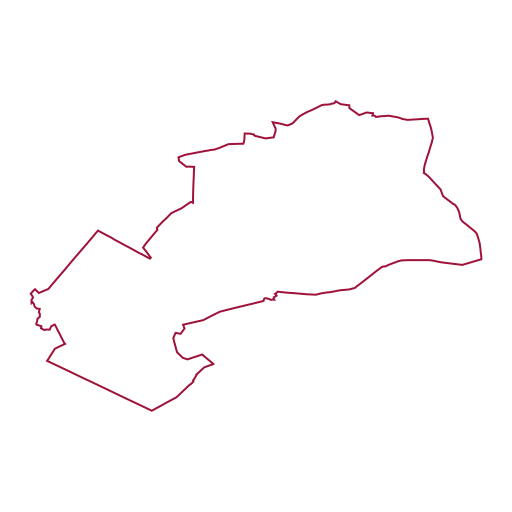 the district of Briežuciema pag., Baltinavas, Latvia
{"feature_id": "27541924B17753887700390", "entity_name": "Briežuciema pag.", "entity_type": "district", "adm_level": 2, "iso_a3": "LVA", "parent_name": "Latvia", "parent_adm1": "Baltinavas", "projection": "natural_earth1", "projection_center": [27.554, 56.968], "detail": "fine", "context": "isolated", "style": "outline", "palette": "rose", "viewbox_px": 512, "rotation_deg": 0, "n_neighbors": 0, "source": "geoboundaries", "source_scale": "gbopen_adm2", "svg_char_len": 5675}
<svg xmlns="http://www.w3.org/2000/svg" viewBox="0 0 512 512"><path d="M424.8,164.6L425.7,161.7L428.1,154.0L428.2,153.9L428.7,152.7L430.3,147.0L431.9,142.0L432.9,137.6L431.9,132.5L431.7,131.5L431.1,128.4L429.2,122.7L428.0,118.7L422.7,118.9L418.7,119.2L415.5,119.4L407.6,119.9L402.1,118.9L401.9,118.8L401.5,118.5L401.1,118.4L397.7,117.3L388.6,115.7L382.8,116.2L381.2,116.2L380.3,116.3L377.6,116.8L375.9,116.9L375.7,116.5L375.3,116.2L374.9,115.9L374.0,115.6L373.6,115.6L372.7,115.6L372.4,115.6L373.0,113.2L372.6,113.2L367.5,112.6L367.2,112.5L366.6,112.5L366.1,112.7L365.4,112.9L365.2,113.0L362.2,114.1L359.1,115.1L356.8,113.4L349.5,108.2L349.3,105.3L340.8,104.2L335.7,101.3L335.2,101.9L335.1,102.0L334.9,102.6L334.7,102.8L334.5,103.0L334.2,103.1L333.8,103.3L333.2,103.5L332.9,103.6L332.6,103.6L332.3,103.6L332.0,103.6L331.3,103.7L331.1,103.8L330.6,104.2L326.7,104.7L324.7,104.6L321.5,105.2L312.6,109.7L310.7,110.5L307.6,111.8L302.8,114.3L299.3,116.5L297.1,118.7L295.6,120.2L294.2,121.7L294.2,121.8L292.2,123.6L287.7,125.4L286.7,125.3L279.6,123.5L273.7,122.4L272.7,122.2L274.1,125.4L275.5,128.2L275.7,129.6L275.4,131.7L274.5,134.6L273.6,137.4L269.0,137.9L268.5,138.0L265.5,138.4L254.8,135.8L254.2,135.4L254.1,134.6L250.2,133.7L244.7,133.5L244.5,136.2L244.5,136.3L244.4,139.3L243.9,142.2L243.3,143.7L235.9,143.9L229.6,144.1L228.3,144.2L223.5,146.2L218.6,148.2L214.3,149.6L211.4,149.9L208.3,150.5L205.2,151.0L200.4,151.9L196.0,152.7L191.6,153.6L188.3,154.2L185.0,154.9L184.9,154.9L181.7,156.1L178.5,157.3L179.1,161.1L182.7,163.9L186.4,166.8L188.6,166.6L194.2,166.9L193.9,171.9L193.7,177.8L193.3,187.3L193.1,194.3L193.0,202.8L190.8,201.9L186.4,204.9L182.1,207.9L181.3,208.4L178.5,209.7L176.4,210.7L171.4,213.1L169.2,215.3L167.0,217.6L165.1,219.4L163.1,221.2L160.0,224.4L156.9,227.7L157.4,229.8L155.1,232.5L153.3,234.7L151.4,237.0L148.6,240.3L145.8,243.7L144.4,245.7L143.1,247.7L144.9,249.9L146.7,252.1L150.8,257.7L149.9,258.6L141.5,254.1L139.1,253.0L135.0,250.7L130.9,248.4L124.6,245.1L118.4,241.7L114.9,239.9L111.1,237.5L104.5,234.1L98.0,230.6L95.8,233.1L93.7,235.7L89.5,240.6L85.3,245.6L81.1,250.4L77.0,255.2L72.8,260.1L68.6,265.1L64.5,270.0L60.3,274.9L58.7,276.8L57.0,278.7L54.3,281.9L51.3,285.4L48.3,289.0L45.6,290.1L42.8,291.3L38.9,293.0L35.0,289.2L33.3,290.8L30.7,293.8L32.3,295.9L33.0,297.5L31.4,300.3L31.6,303.2L32.7,302.3L33.7,303.6L34.8,306.8L36.8,308.5L39.7,308.9L38.9,312.2L40.0,314.4L39.7,315.2L39.8,316.4L39.8,316.9L37.5,318.7L37.1,321.2L36.2,324.1L36.8,324.8L38.5,325.3L40.0,325.8L41.2,326.1L41.3,326.2L41.5,326.4L41.0,328.1L41.0,328.3L41.7,328.7L44.4,330.0L44.6,330.1L45.8,329.6L46.9,329.5L49.3,329.7L49.7,329.7L50.8,327.2L51.1,326.7L51.2,326.3L52.4,325.7L54.3,324.7L54.8,324.6L56.2,327.1L57.6,330.1L59.0,332.7L60.3,335.2L61.3,337.3L62.7,340.0L64.6,343.6L65.0,343.9L59.9,346.3L54.9,348.7L51.8,353.6L48.7,358.5L47.1,360.9L56.9,365.5L68.3,370.9L79.9,376.5L85.8,379.3L91.8,382.1L95.2,383.7L98.5,385.3L105.2,388.5L111.9,391.7L118.1,394.7L124.3,397.7L130.7,400.7L137.1,403.7L146.5,408.2L151.7,410.7L152.2,410.5L157.3,407.7L161.1,405.7L164.3,403.9L164.9,403.5L170.1,400.7L175.3,397.9L176.1,397.5L176.6,397.1L177.2,396.6L183.1,391.0L189.4,385.0L189.8,384.7L190.7,384.2L193.1,381.9L193.4,381.6L193.4,381.2L193.2,380.7L193.1,380.4L193.4,380.3L196.9,374.4L196.7,374.3L199.8,371.5L201.1,370.2L202.6,368.9L203.8,367.7L204.2,367.4L204.5,367.3L205.2,367.0L205.7,366.8L208.5,365.8L211.4,364.8L213.4,364.1L213.3,363.9L213.1,363.7L210.4,361.4L207.7,359.2L205.0,356.9L202.3,354.6L202.2,354.5L199.5,355.4L194.6,357.0L191.0,358.2L187.5,359.4L182.7,357.8L179.9,355.0L177.1,352.3L176.2,349.3L175.7,347.4L175.4,346.2L174.3,342.2L173.3,338.1L174.4,335.5L175.6,332.9L180.6,333.8L182.0,331.9L184.5,328.5L183.1,324.7L183.8,324.5L184.5,324.4L187.9,323.6L197.7,321.4L200.7,320.7L203.1,320.2L211.6,315.8L217.2,313.0L218.3,312.5L219.9,311.7L223.3,310.8L227.3,309.8L229.6,309.2L235.0,307.9L240.7,306.5L242.9,306.0L246.5,305.1L250.0,304.3L253.3,303.5L256.8,302.6L261.7,301.4L263.4,301.0L263.6,300.8L263.8,299.9L264.1,298.9L264.7,298.4L265.7,298.2L266.1,298.2L266.4,298.3L266.9,298.4L269.1,299.0L270.9,299.9L271.1,299.9L271.4,299.8L272.3,299.6L273.7,299.6L274.3,299.7L273.9,298.6L273.7,298.3L273.7,297.9L273.7,297.5L274.2,297.0L276.5,295.8L276.6,295.4L275.1,293.9L275.4,293.8L277.7,291.7L285.0,292.5L291.3,293.0L294.5,293.2L307.2,294.3L312.0,294.5L315.2,294.7L315.9,294.7L321.0,293.4L327.2,292.4L329.0,292.3L332.0,291.8L333.0,291.7L336.4,290.9L341.8,290.1L348.8,289.5L354.7,288.0L356.1,286.9L356.4,286.6L356.8,286.3L359.9,284.0L363.0,281.6L370.4,275.8L375.7,271.6L377.5,270.2L382.0,266.9L382.5,266.7L383.9,266.5L384.1,266.4L385.1,266.5L385.4,266.4L389.4,264.5L389.5,264.5L398.6,261.1L399.1,261.1L401.2,260.4L409.3,260.1L428.4,260.1L429.4,260.1L433.9,260.8L436.2,261.3L440.5,262.2L442.0,262.4L444.2,262.7L453.1,263.8L459.1,264.5L462.3,264.9L474.1,261.4L480.9,259.4L481.3,259.3L481.3,256.7L481.2,255.4L481.0,254.2L480.7,252.0L480.4,248.8L480.1,246.6L479.6,243.3L479.4,242.2L478.9,240.5L478.2,238.1L477.6,236.2L477.2,234.9L476.9,234.1L476.4,233.3L475.8,232.5L475.2,231.8L474.5,231.2L471.5,228.7L470.2,227.7L469.0,226.6L467.6,225.5L465.6,223.9L464.5,223.1L463.5,222.3L462.5,221.4L461.9,220.8L461.3,219.9L461.0,219.4L460.6,218.7L460.2,217.5L460.0,216.3L459.8,215.1L459.6,214.3L459.4,213.1L459.2,212.5L458.8,211.3L458.5,210.5L457.9,209.2L457.4,208.1L456.6,206.9L456.3,206.5L455.4,205.4L454.6,204.6L454.5,204.4L454.1,204.4L453.1,203.9L444.8,197.5L444.4,197.2L443.1,196.2L440.8,190.3L440.7,189.6L439.9,188.7L438.4,187.1L434.7,183.2L432.7,181.0L430.4,178.5L429.3,177.3L428.3,176.3L427.0,175.2L425.7,174.2L423.9,173.0L424.1,172.8L423.9,169.3L424.8,164.6Z" fill="none" stroke="#9f1239" stroke-width="2"/></svg>